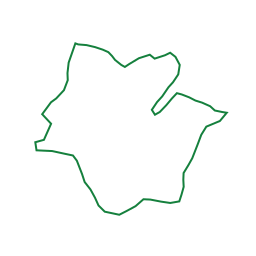 the district of Kalopsida, Cyprus, rotated 294°
{"feature_id": "46923920B75029215318719", "entity_name": "Kalopsida", "entity_type": "district", "adm_level": 2, "iso_a3": "CYP", "parent_name": "Cyprus", "parent_adm1": "", "projection": "mercator", "projection_center": [33.806, 35.103], "detail": "fine", "context": "isolated", "style": "outline", "palette": "green", "viewbox_px": 256, "rotation_deg": 294, "n_neighbors": 0, "source": "geoboundaries", "source_scale": "gbopen_adm2", "svg_char_len": 1052}
<svg xmlns="http://www.w3.org/2000/svg" viewBox="0 0 256 256"><g transform="rotate(294 128 128)"><path d="M105.7,44.0L100.6,56.0L91.8,56.0L83.0,56.0L77.3,49.1L70.4,53.5L76.1,68.1L78.6,80.1L80.5,88.9L77.3,94.6L67.3,104.7L61.0,110.4L56.6,118.7L50.9,126.2L45.2,132.6L42.1,140.8L45.2,155.3L51.5,160.4L59.7,166.7L69.2,171.1L71.7,177.5L74.2,188.2L76.7,197.1L81.8,204.7L88.7,204.0L96.9,202.8L103.2,199.6L109.5,197.1L118.9,198.3L126.5,199.0L141.6,198.3L151.6,197.7L161.1,199.0L171.8,209.1L182.1,212.0L180.9,207.5L179.3,200.2L181.3,194.2L181.3,185.3L180.5,178.4L180.9,171.5L180.5,163.4L179.7,158.5L172.8,156.1L164.4,153.7L155.5,150.5L151.1,147.2L154.3,142.4L163.5,144.0L170.8,146.4L181.7,148.4L188.1,150.5L197.4,152.1L206.7,149.6L212.3,142.4L213.9,135.9L209.5,132.2L202.2,124.1L203.8,118.1L196.2,109.6L186.9,103.1L182.5,100.3L182.9,96.2L184.9,88.5L187.3,84.1L189.3,79.2L189.3,73.1L188.5,65.0L186.9,56.5L184.1,48.5L183.9,45.5L163.6,47.2L153.5,50.4L147.2,53.5L136.5,54.1L125.8,50.4L120.2,47.2L105.7,44.0Z" fill="none" stroke="#15803d" stroke-width="2"/></g></svg>